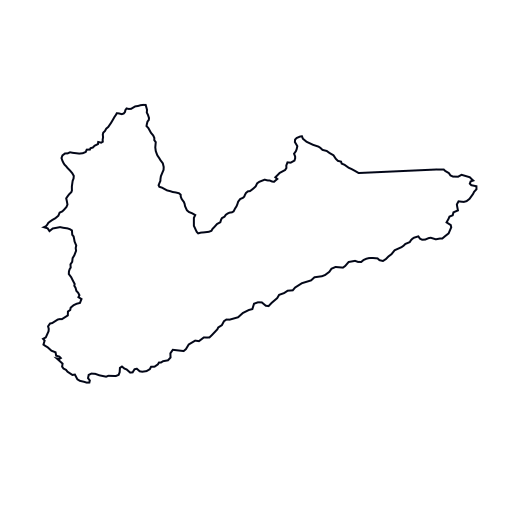 Cachoeira Alta, Goiás, Brazil (Robinson projection), rotated 275°
{"feature_id": "56859067B56256761057060", "entity_name": "Cachoeira Alta", "entity_type": "district", "adm_level": 2, "iso_a3": "BRA", "parent_name": "Brazil", "parent_adm1": "Goiás", "projection": "robinson", "projection_center": [-50.962, -18.602], "detail": "fine", "context": "isolated", "style": "outline", "palette": "ink", "viewbox_px": 512, "rotation_deg": 275, "n_neighbors": 0, "source": "geoboundaries", "source_scale": "gbopen_adm2", "svg_char_len": 5166}
<svg xmlns="http://www.w3.org/2000/svg" viewBox="0 0 512 512"><g transform="rotate(275 256 256)"><path d="M116.3,91.4L115.7,95.7L115.1,98.3L115.4,101.0L117.5,101.3L119.7,99.3L123.0,99.7L124.5,102.3L124.6,106.1L123.5,110.3L122.7,117.2L123.8,119.4L124.0,123.2L124.2,126.8L125.6,129.5L128.3,130.3L132.7,130.2L134.2,132.1L132.4,134.7L131.7,137.0L128.9,140.8L129.3,143.2L132.6,144.9L133.3,147.1L131.0,150.2L130.8,152.8L131.8,157.0L134.0,160.1L136.5,161.1L136.9,164.6L139.5,167.7L141.4,168.6L141.6,170.6L143.1,172.6L144.4,177.4L147.4,179.7L151.6,179.2L155.3,181.3L155.0,192.2L157.1,194.3L162.0,196.7L166.4,202.8L166.2,206.6L170.3,211.1L170.5,214.3L170.8,216.7L173.3,218.9L179.6,223.9L181.5,224.6L184.1,228.0L188.3,229.8L190.1,232.0L190.3,235.3L193.4,243.5L198.1,247.9L201.6,253.6L202.8,257.0L208.3,258.2L210.0,261.9L210.3,265.8L207.3,270.1L207.2,272.9L210.7,275.7L215.9,280.8L219.3,282.4L221.5,287.2L224.2,290.6L225.0,295.6L228.0,297.7L232.9,304.1L236.5,313.0L239.9,316.1L241.6,323.5L243.1,326.5L246.6,330.4L249.9,332.3L252.0,336.2L252.0,343.6L253.8,345.7L258.1,348.8L259.8,355.1L259.0,358.1L259.2,361.3L261.4,363.5L262.9,366.2L263.8,368.8L264.2,372.4L264.2,377.3L262.6,379.4L262.1,382.9L264.3,385.7L267.1,388.0L269.6,390.8L273.8,393.6L277.5,400.2L279.1,402.1L281.0,403.7L283.2,407.9L285.4,409.1L286.8,410.3L288.0,411.8L289.7,416.0L287.5,417.9L286.7,420.1L287.1,423.1L288.9,426.5L289.4,428.5L288.3,433.7L289.4,437.6L289.6,440.0L292.4,442.8L295.3,445.9L301.6,448.0L303.8,447.3L306.1,442.9L309.9,444.6L312.1,445.3L313.7,448.4L316.7,448.9L317.9,451.1L319.0,453.2L323.2,452.0L324.9,451.6L328.1,453.0L328.0,456.2L328.0,458.3L329.0,461.0L331.5,463.7L336.7,466.8L339.0,467.7L341.7,469.8L344.7,469.5L345.3,464.3L346.7,462.7L349.0,463.3L350.1,465.8L351.4,464.1L353.1,462.1L354.8,453.7L352.6,450.4L352.3,445.3L353.2,442.7L355.4,440.9L357.2,437.1L358.5,435.5L357.9,428.2L347.6,351.0L349.3,347.4L351.0,343.5L352.0,340.6L354.6,336.2L355.5,333.3L357.4,332.5L357.9,329.3L359.8,327.0L363.1,324.4L365.0,320.3L366.8,317.3L367.5,313.0L369.4,310.6L370.4,308.7L371.7,303.2L374.2,296.4L376.9,292.5L379.3,291.3L378.8,289.4L377.1,286.2L375.4,284.8L372.9,284.8L371.0,286.2L369.0,287.6L366.0,287.2L363.9,286.6L361.2,285.0L358.6,286.3L356.8,286.5L354.4,286.0L352.0,282.4L352.0,279.2L348.8,278.3L346.3,278.6L344.2,277.5L340.8,272.3L338.8,270.7L336.1,268.4L334.6,270.5L332.9,268.8L331.5,267.5L331.6,265.5L332.4,263.1L332.3,260.8L332.8,258.0L330.2,252.8L328.5,250.8L325.3,249.6L323.1,247.6L321.4,245.8L320.1,244.3L319.7,242.3L317.9,240.5L315.8,239.6L314.1,239.1L312.8,237.9L311.4,235.3L308.6,233.5L305.9,232.9L303.7,232.2L301.5,231.0L298.5,229.8L297.4,228.2L296.9,225.9L295.9,224.1L294.4,222.3L292.4,221.2L290.8,218.8L289.3,218.1L286.5,217.5L284.5,214.4L281.4,212.1L279.2,210.3L277.2,209.4L276.0,206.9L275.0,202.1L274.5,199.1L273.5,196.4L274.8,194.9L276.6,193.8L278.6,192.7L280.6,191.5L285.0,191.1L288.6,190.8L291.5,191.9L293.0,188.6L294.0,185.3L295.5,183.2L299.4,181.0L301.8,180.3L303.6,179.4L304.9,178.2L306.6,176.8L308.8,175.8L310.5,175.6L311.8,173.8L312.3,170.5L312.5,167.4L313.1,165.0L313.6,161.7L314.8,158.9L315.9,156.4L316.5,153.7L318.0,152.8L320.1,153.4L322.5,154.2L324.2,154.1L327.2,154.3L331.6,155.7L333.7,156.4L336.6,156.3L340.2,155.1L343.2,152.4L344.9,151.2L347.6,149.0L349.4,148.1L351.8,147.0L355.4,146.2L360.7,146.2L362.5,144.6L364.8,144.4L367.1,143.1L369.6,140.6L374.1,137.6L375.9,135.6L378.1,135.8L380.5,136.2L382.1,137.3L384.1,137.4L387.3,136.0L389.4,134.7L392.1,134.7L394.3,133.9L396.9,132.9L396.7,130.5L396.2,128.0L395.2,125.5L394.5,122.6L391.7,118.7L391.4,116.3L391.7,114.2L389.8,113.1L388.2,113.0L386.4,111.8L385.6,109.9L386.1,106.9L386.1,104.9L384.3,104.1L382.2,102.9L378.7,101.3L375.8,99.9L373.9,98.8L371.7,97.6L369.8,95.7L367.3,94.6L365.6,93.1L363.6,92.8L361.0,93.3L358.5,93.1L356.5,93.4L355.4,91.9L355.8,88.9L353.7,88.8L351.8,85.6L349.8,84.0L349.0,81.8L347.5,81.2L347.2,78.1L344.8,77.3L343.3,74.5L342.6,71.0L342.7,68.3L342.8,64.6L343.1,61.7L341.8,59.4L341.5,56.8L339.3,54.4L336.6,53.7L334.1,54.8L331.9,56.1L330.3,57.3L328.8,59.1L327.3,60.5L324.8,63.4L322.4,65.8L319.9,67.5L317.3,67.5L314.9,66.8L309.3,66.5L307.1,66.7L305.2,66.9L303.6,66.5L301.1,64.4L299.2,63.2L296.9,61.9L294.1,62.8L290.8,63.7L288.3,62.9L285.2,60.6L283.5,59.1L282.1,56.6L278.9,55.6L276.1,52.8L274.2,50.0L272.3,47.7L270.9,46.2L269.0,45.3L267.3,44.1L266.2,42.2L265.4,46.0L262.8,48.1L265.7,51.1L266.7,54.8L267.7,58.3L267.3,61.6L267.1,65.7L266.5,68.2L265.4,70.4L261.1,71.1L259.6,72.6L256.9,73.4L254.6,74.0L252.5,75.1L250.8,76.0L248.2,75.7L245.5,76.3L240.7,74.9L237.9,73.5L234.2,73.4L231.5,71.9L228.3,72.4L226.6,71.5L224.4,71.0L221.7,71.1L218.7,73.8L216.2,75.3L212.3,77.8L210.5,77.6L208.6,79.0L205.6,80.1L203.9,82.0L201.6,83.5L199.5,82.7L197.9,85.9L193.9,84.7L192.8,81.5L191.1,78.6L188.4,75.9L186.0,75.6L184.3,73.5L180.4,73.7L176.2,68.2L176.0,65.8L175.4,64.0L171.4,58.8L170.8,56.7L167.8,55.0L165.3,55.9L162.9,55.9L156.6,53.7L154.9,51.1L153.3,52.8L149.2,52.0L148.1,53.9L146.9,56.4L143.8,60.5L142.6,64.7L139.3,65.6L138.6,68.9L137.3,70.4L136.2,68.9L136.5,66.6L131.9,72.7L128.9,72.5L127.1,74.0L126.0,76.7L124.3,78.3L121.5,83.5L122.1,85.9L117.6,88.8L116.3,91.4Z" fill="none" stroke="#020617" stroke-width="2"/></g></svg>